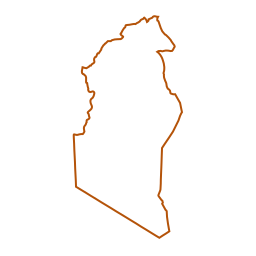 Chad, Equal Earth projection, rotated 178°
{"feature_id": "TCD", "entity_name": "Chad", "entity_type": "country or territory", "adm_level": 0, "iso_a3": "TCD", "parent_name": "Africa", "parent_adm1": "", "projection": "equal_earth", "projection_center": [18.978, 15.46], "detail": "fine", "context": "isolated", "style": "outline", "palette": "amber", "viewbox_px": 256, "rotation_deg": 178, "n_neighbors": 0, "source": "natural_earth", "source_scale": "50m", "svg_char_len": 3499}
<svg xmlns="http://www.w3.org/2000/svg" viewBox="0 0 256 256"><g transform="rotate(178 128 128)"><path d="M182.0,71.1L182.0,77.2L182.1,83.3L182.2,89.5L182.2,95.7L182.3,101.8L182.4,108.0L182.4,114.2L182.5,120.4L182.5,122.4L182.4,123.2L182.3,123.3L182.1,123.5L179.7,122.9L178.6,122.9L177.1,123.3L174.9,123.6L173.4,123.5L172.5,124.6L171.7,125.9L172.1,128.9L172.0,130.0L171.7,131.0L171.0,131.9L170.4,132.6L170.0,133.3L169.5,134.7L169.1,135.3L169.2,136.2L169.0,137.1L168.6,137.6L167.6,138.0L166.9,138.4L166.4,139.0L166.1,139.5L166.2,140.2L166.5,141.1L166.7,142.4L166.8,143.2L167.3,143.9L167.6,144.4L167.7,144.9L167.4,145.4L166.2,146.4L165.7,146.8L165.1,147.3L164.9,147.5L163.9,148.5L163.5,149.3L163.3,150.0L163.3,151.0L163.8,152.4L164.3,153.7L164.5,154.6L164.6,155.6L164.6,156.6L164.3,157.4L163.8,158.2L162.1,159.6L161.2,161.2L160.6,163.1L160.4,164.1L160.6,164.8L161.0,165.4L161.5,165.7L162.2,165.8L163.5,165.4L164.6,165.2L165.9,165.9L166.5,167.5L166.3,168.7L166.8,170.8L167.2,173.4L167.2,174.2L167.4,174.5L168.1,174.7L168.3,175.3L168.1,179.8L168.4,181.1L169.0,182.0L169.6,182.4L170.1,183.0L170.5,183.4L171.1,183.5L171.9,184.4L172.1,185.4L172.1,186.5L171.6,188.8L171.3,190.3L170.8,190.2L169.9,189.8L168.8,189.5L167.5,189.2L166.2,189.9L164.8,190.7L164.3,191.3L164.0,191.6L163.3,191.6L162.8,191.7L162.5,192.3L162.0,192.9L159.9,194.2L159.5,194.7L159.3,195.2L159.3,195.7L159.5,196.8L159.5,198.1L159.0,199.2L158.5,199.9L157.9,200.2L157.4,200.3L157.1,200.8L156.1,203.2L155.6,203.7L154.7,203.6L152.0,207.3L151.8,208.4L150.8,209.9L149.6,211.6L148.5,212.4L148.4,212.7L148.1,213.1L147.4,213.4L145.1,215.5L142.2,215.4L141.0,216.3L139.8,216.6L138.0,217.0L137.5,217.0L135.2,217.1L132.5,217.1L131.5,217.4L130.6,218.2L129.9,218.9L129.8,219.1L129.9,219.4L129.8,219.6L131.7,221.3L132.2,222.2L131.7,223.0L131.4,223.1L131.1,223.8L130.0,225.7L128.4,228.0L127.5,228.6L127.2,229.0L126.8,230.5L126.5,230.8L125.3,231.0L123.1,231.1L119.9,231.6L118.1,231.8L116.9,231.6L115.2,232.7L114.7,232.9L114.3,233.0L112.7,234.0L111.3,235.6L110.8,235.9L108.9,236.6L108.2,237.6L107.8,237.7L106.6,236.3L105.8,235.0L105.4,233.7L105.3,233.3L105.1,233.4L104.4,234.0L103.8,234.6L103.6,235.9L101.6,236.7L99.9,237.4L99.2,238.3L98.0,238.8L96.5,238.6L95.3,238.2L94.1,238.1L94.7,237.0L94.9,236.1L95.0,235.1L94.9,234.4L94.2,234.0L93.8,233.5L92.8,230.2L91.8,226.9L90.4,223.5L88.8,221.4L87.7,220.1L87.4,220.0L86.8,219.6L86.4,219.2L84.3,217.0L82.2,214.4L81.7,213.3L80.6,211.6L79.4,209.8L78.8,209.0L78.5,207.6L79.4,206.3L80.3,204.6L81.3,203.5L82.7,203.4L85.0,203.9L87.5,204.1L90.0,203.7L90.6,203.5L91.3,203.5L92.6,203.9L94.9,203.8L96.1,203.1L94.8,202.0L93.4,200.2L92.2,198.2L91.4,196.4L90.7,194.1L90.0,191.3L89.6,187.6L89.7,185.5L89.9,184.0L90.6,181.6L90.2,180.2L90.3,179.0L90.2,177.3L90.0,176.5L89.1,173.6L88.9,173.3L88.2,171.4L87.8,168.1L86.9,166.0L85.5,164.9L84.7,163.7L84.4,161.5L83.9,160.9L81.6,160.1L79.7,160.1L78.4,157.6L76.7,154.3L75.1,151.3L74.1,145.3L73.5,141.9L74.2,140.9L75.5,138.4L77.3,133.7L81.2,126.5L83.2,122.8L87.1,117.3L92.0,110.6L94.7,106.8L95.2,99.9L95.7,92.5L96.1,87.0L96.6,80.5L97.0,75.1L97.2,71.1L97.7,65.5L98.0,64.4L99.9,60.0L100.0,59.4L99.7,58.7L97.1,54.9L96.2,54.1L95.8,52.2L96.5,51.1L93.3,44.8L92.5,44.1L92.2,43.3L92.2,42.2L92.1,37.9L91.4,31.1L90.3,23.3L94.1,21.0L96.9,19.4L100.5,17.2L103.9,19.4L108.7,22.6L113.5,25.8L118.4,29.0L123.2,32.3L128.1,35.5L132.9,38.7L137.8,41.9L142.7,45.1L147.6,48.4L152.5,51.6L157.4,54.8L162.3,58.1L167.2,61.3L172.1,64.6L177.0,67.8L182.0,71.1Z" fill="none" stroke="#b45309" stroke-width="2"/></g></svg>